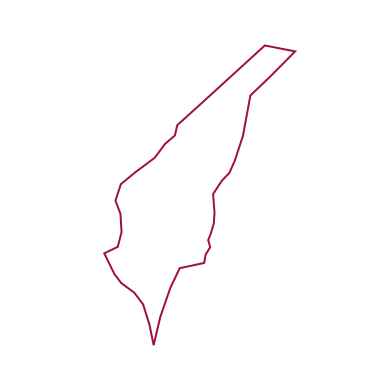 SVG path tracing the border of Mukono, rotated 191°
{"feature_id": "UGA-3075", "entity_name": "Mukono", "entity_type": "District", "adm_level": 1, "iso_a3": "UGA", "parent_name": "Uganda", "parent_adm1": "", "projection": "robinson", "projection_center": [32.781, 0.341], "detail": "fine", "context": "isolated", "style": "outline", "palette": "rose", "viewbox_px": 384, "rotation_deg": 191, "n_neighbors": 0, "source": "natural_earth", "source_scale": "10m", "svg_char_len": 625}
<svg xmlns="http://www.w3.org/2000/svg" viewBox="0 0 384 384"><g transform="rotate(191 192 192)"><path d="M200.4,34.3L208.6,54.0L218.6,72.4L229.4,82.1L244.1,89.1L252.6,96.7L266.4,115.1L254.4,124.0L253.5,139.1L258.0,156.8L265.5,168.9L263.3,186.1L251.3,200.7L235.2,218.4L227.6,234.1L219.6,244.2L219.2,254.8L195.0,287.1L148.5,349.7L117.6,349.7L125.7,337.5L138.1,319.0L153.1,297.9L152.7,256.8L155.9,231.3L158.9,218.0L164.9,208.7L170.9,194.0L165.9,175.7L164.6,165.4L165.6,154.9L166.9,147.9L163.6,141.2L166.7,133.3L166.5,124.7L189.5,114.9L194.9,94.1L199.3,63.4L200.4,34.3Z" fill="none" stroke="#9f1239" stroke-width="2"/></g></svg>